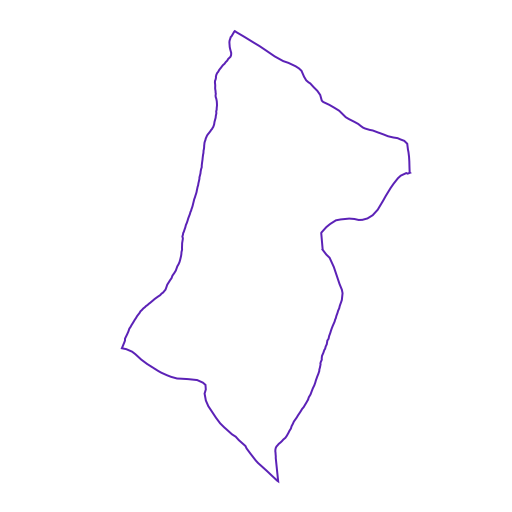 outline of Diourbel, Diourbel, Senegal, rotated 206°
{"feature_id": "50182788B22549322426328", "entity_name": "Diourbel", "entity_type": "district", "adm_level": 2, "iso_a3": "SEN", "parent_name": "Senegal", "parent_adm1": "Diourbel", "projection": "natural_earth1", "projection_center": [-16.194, 14.782], "detail": "fine", "context": "isolated", "style": "outline", "palette": "violet", "viewbox_px": 512, "rotation_deg": 206, "n_neighbors": 0, "source": "geoboundaries", "source_scale": "gbopen_adm2", "svg_char_len": 4890}
<svg xmlns="http://www.w3.org/2000/svg" viewBox="0 0 512 512"><g transform="rotate(206 256 256)"><path d="M154.1,398.3L154.5,398.4L157.1,403.3L159.6,408.1L161.9,412.2L164.5,416.2L166.1,418.3L169.3,423.2L173.2,424.5L177.4,424.1L180.4,424.0L184.6,422.7L189.9,421.5L194.2,421.2L199.1,420.7L199.4,420.7L199.6,420.6L206.1,420.0L209.0,419.2L213.8,418.4L216.0,418.3L218.9,418.8L222.0,419.5L226.4,419.7L232.6,419.8L236.2,420.1L244.8,423.0L245.5,423.1L250.8,423.6L256.4,424.0L263.2,423.9L265.0,424.5L268.9,428.9L273.2,431.3L278.1,433.0L282.9,434.9L284.9,435.1L287.9,435.9L291.4,438.2L296.3,442.4L299.2,443.3L299.4,443.4L303.6,443.9L311.5,443.8L317.0,443.1L326.7,443.6L334.9,444.8L336.2,445.0L344.8,446.2L351.7,446.8L358.8,447.5L361.9,447.8L364.2,448.0L370.8,448.5L373.7,448.8L373.9,448.1L374.0,446.7L374.1,445.3L374.2,444.2L374.3,442.8L374.7,441.7L374.4,439.9L374.2,438.2L373.7,436.6L372.8,435.0L371.8,433.3L371.3,432.4L369.9,430.6L368.6,429.1L367.5,427.9L366.9,426.8L366.4,425.4L366.3,423.8L366.9,422.2L367.4,420.8L367.5,419.0L368.2,417.1L368.6,414.8L369.3,413.3L369.7,411.7L370.0,410.0L370.4,408.3L370.7,406.7L370.7,405.1L371.1,403.6L371.1,402.3L371.1,401.7L370.7,399.7L370.1,398.6L369.7,396.9L369.6,395.4L368.9,393.8L368.1,392.6L367.3,391.2L366.7,389.8L366.0,388.4L364.6,386.4L364.1,385.4L363.3,384.3L362.6,382.3L361.8,381.1L360.6,379.9L359.1,377.9L358.0,376.0L357.1,374.3L356.2,371.8L355.5,370.2L355.2,368.6L354.2,366.9L353.5,364.2L352.9,362.6L352.4,360.0L352.1,358.4L351.3,355.8L351.0,353.2L351.2,351.7L351.2,350.9L351.6,349.5L351.7,348.3L352.2,345.9L352.7,343.8L352.8,342.1L352.7,340.7L352.7,339.7L352.3,338.0L352.2,336.6L351.9,335.1L351.2,333.2L350.9,332.3L350.5,331.5L350.0,330.2L349.6,328.9L349.4,327.9L348.4,325.5L348.0,323.9L347.5,322.4L346.8,320.4L346.3,319.1L345.8,317.5L345.2,315.7L344.6,314.0L344.5,313.7L343.7,312.0L343.4,309.9L342.7,307.4L342.2,306.1L341.8,304.4L341.3,301.9L340.7,300.6L340.1,298.2L339.6,296.0L339.0,294.1L338.8,292.5L338.3,290.6L338.0,289.4L337.9,288.9L337.7,288.3L337.4,287.1L337.1,285.3L336.9,283.7L336.6,282.0L336.4,279.8L336.0,278.1L335.3,274.8L335.0,273.5L334.7,271.7L334.5,269.7L334.2,268.3L334.2,266.8L333.8,264.7L333.6,262.3L333.4,260.1L333.0,257.8L332.7,255.5L332.6,253.1L332.1,250.8L331.8,248.3L331.5,246.2L331.5,244.7L331.0,243.1L330.7,241.2L329.6,240.0L329.4,239.6L329.0,238.5L328.6,237.1L328.0,235.1L327.3,233.6L326.2,231.1L325.2,229.2L324.7,226.9L323.9,224.9L323.3,222.9L322.9,221.1L322.4,218.8L322.1,217.0L322.0,214.6L322.2,212.2L322.0,210.5L321.7,207.7L322.0,204.7L322.5,201.7L322.2,199.1L322.6,196.7L322.9,193.9L323.2,191.3L322.8,188.2L322.6,186.0L323.1,184.1L323.5,182.4L324.4,180.8L325.0,178.7L326.1,176.9L327.3,174.7L328.3,172.8L329.1,170.9L330.0,168.9L330.5,167.7L331.3,166.2L332.0,164.4L333.0,162.6L333.4,161.3L333.8,160.5L334.3,159.5L334.9,157.4L335.6,155.6L335.7,153.7L336.1,151.9L336.5,150.0L336.7,147.5L337.0,145.5L337.2,143.0L337.4,140.9L337.5,140.2L337.6,139.0L337.7,136.9L338.0,135.3L337.6,132.1L337.5,129.2L337.5,126.4L337.5,124.3L336.7,122.6L336.5,120.7L336.4,119.2L336.1,114.3L331.8,115.4L325.5,115.7L321.5,114.9L315.1,113.0L313.8,112.6L306.4,111.2L293.5,109.8L290.1,109.6L283.8,109.8L280.0,110.1L279.1,110.2L273.2,111.3L269.5,112.9L263.0,115.6L254.5,118.7L248.2,118.9L244.9,118.0L242.6,114.0L241.9,109.8L237.7,104.1L233.0,100.1L228.9,97.7L221.1,93.1L214.9,89.9L209.3,88.0L207.4,87.5L199.4,85.2L195.0,84.7L190.8,83.0L182.2,80.6L180.1,78.9L174.3,75.9L166.6,72.1L163.3,70.8L152.1,67.6L145.1,65.4L138.6,63.4L137.3,63.2L149.7,83.1L150.4,84.6L151.3,86.1L152.2,87.7L153.0,88.9L153.7,90.5L154.1,92.1L154.1,93.7L153.6,95.4L153.2,97.1L152.2,99.2L151.5,101.1L151.0,103.0L149.9,105.4L149.5,107.9L149.3,111.3L149.3,113.5L149.0,116.2L149.4,118.6L149.3,121.2L149.4,123.8L149.0,126.2L148.6,128.7L148.4,131.2L148.1,133.3L147.9,134.7L147.7,136.5L147.5,138.8L146.9,141.1L146.7,143.7L146.5,145.8L146.3,149.1L146.2,149.7L146.3,149.8L146.6,152.3L146.3,155.4L146.6,158.5L146.9,161.9L146.9,162.8L146.9,165.3L147.2,168.0L147.7,170.7L147.9,172.7L148.1,174.3L148.3,177.2L148.7,180.3L149.3,181.8L149.6,183.6L150.5,187.0L151.0,187.6L151.3,189.0L151.4,191.6L152.1,192.9L152.9,195.2L153.0,198.4L153.4,201.5L153.2,202.9L153.7,205.2L153.7,207.7L154.8,211.3L154.5,213.4L155.2,216.2L155.4,218.4L155.6,220.0L155.7,220.5L155.9,221.8L156.2,224.3L156.4,226.9L156.5,229.6L156.6,231.6L157.0,233.6L157.0,235.0L157.5,237.4L157.8,240.5L158.2,242.7L158.3,245.5L158.8,247.7L159.0,249.2L159.3,252.1L159.6,254.2L161.9,260.5L164.0,263.3L168.7,267.5L174.2,273.1L181.2,280.2L189.1,286.7L193.4,288.1L198.8,290.8L198.7,290.9L198.9,291.1L199.2,291.5L207.3,305.0L207.5,305.7L205.5,312.7L203.9,316.2L203.2,317.6L199.8,323.1L195.9,326.0L188.6,330.5L183.8,332.4L179.5,333.4L176.3,335.1L172.3,338.6L169.0,343.8L166.9,350.9L166.0,361.5L165.7,366.9L164.8,376.3L164.0,381.4L162.5,388.2L161.1,391.7L157.3,396.4L155.8,396.5L154.1,398.3Z" fill="none" stroke="#5b21b6" stroke-width="2"/></g></svg>